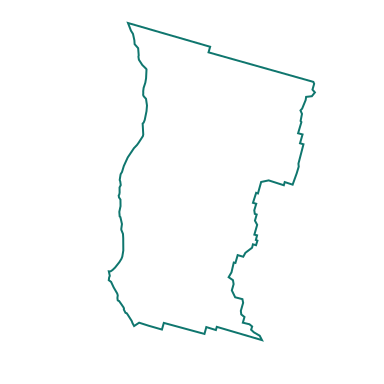 outline of Mendocino, California, United States of America, rotated 16°
{"feature_id": "52423323B12422674135738", "entity_name": "Mendocino", "entity_type": "district", "adm_level": 2, "iso_a3": "USA", "parent_name": "United States of America", "parent_adm1": "California", "projection": "albers", "projection_center": [-123.414, 39.38], "detail": "fine", "context": "isolated", "style": "outline", "palette": "teal", "viewbox_px": 384, "rotation_deg": 16, "n_neighbors": 0, "source": "geoboundaries", "source_scale": "gbopen_adm2", "svg_char_len": 2003}
<svg xmlns="http://www.w3.org/2000/svg" viewBox="0 0 384 384"><g transform="rotate(16 192 192)"><path d="M278.3,52.7L169.4,53.2L169.4,47.4L83.9,47.2L88.9,53.8L91.7,56.3L94.8,62.1L96.1,65.7L100.6,68.6L103.1,75.3L103.2,76.7L104.5,79.5L109.2,83.6L114.1,86.3L114.5,86.8L116.5,95.3L117.0,99.8L116.8,105.3L117.3,108.5L117.9,110.4L118.3,112.2L119.2,113.3L122.1,115.1L124.9,121.3L126.0,126.9L126.7,135.8L126.4,138.6L125.7,139.8L129.3,150.2L129.4,151.8L127.2,159.1L126.2,161.9L124.1,165.9L120.7,176.5L119.3,185.8L119.2,192.0L118.5,194.6L118.7,196.5L119.2,200.4L120.1,201.6L121.6,205.0L121.1,207.6L122.6,212.6L122.8,214.5L122.5,215.6L123.3,217.3L125.3,219.0L127.2,225.3L127.6,231.1L129.2,235.4L130.1,235.9L133.5,242.1L134.2,247.1L134.6,248.0L137.2,251.3L138.6,255.3L142.1,267.2L142.8,273.3L142.6,275.6L141.5,279.5L138.9,285.8L137.1,288.9L135.7,290.6L135.0,291.0L133.9,291.2L136.1,295.3L135.9,296.9L136.3,299.7L139.0,300.7L143.0,305.3L148.1,310.2L149.1,311.8L149.5,314.4L150.4,316.5L151.2,316.9L152.0,316.9L158.0,321.8L158.7,322.7L158.9,323.8L161.4,326.5L162.6,326.5L164.0,327.6L169.5,332.5L171.0,334.5L173.3,336.8L177.2,332.2L187.2,332.5L201.0,332.5L201.0,325.6L243.1,325.0L243.0,317.9L253.0,318.1L253.0,314.8L300.1,315.1L296.7,311.5L290.1,309.8L286.8,308.1L286.9,304.7L283.7,303.3L276.9,303.6L276.9,297.7L273.1,296.1L271.7,292.8L271.7,284.4L270.0,281.1L262.5,281.3L257.4,275.6L257.4,269.1L255.7,265.5L250.7,263.8L252.1,258.3L251.6,248.3L253.3,248.2L253.3,240.1L259.1,240.1L260.1,235.7L265.1,229.0L265.0,225.5L268.2,225.5L268.3,220.7L266.6,220.5L266.5,215.7L263.7,215.8L263.7,205.6L260.4,202.2L260.4,195.8L258.4,195.7L256.9,192.4L257.0,185.6L253.6,185.6L253.9,175.1L255.8,175.2L255.7,163.3L262.5,159.7L278.4,160.2L278.4,156.9L286.7,157.2L287.5,145.3L287.6,138.2L286.5,135.4L286.0,115.4L282.4,115.4L282.4,106.2L277.8,106.3L277.9,94.6L276.8,93.8L276.2,86.6L273.8,83.7L274.9,81.5L275.9,72.3L275.5,69.1L280.8,66.9L282.7,62.4L279.6,60.4L279.6,54.3L278.3,52.7Z" fill="none" stroke="#0f766e" stroke-width="2"/></g></svg>